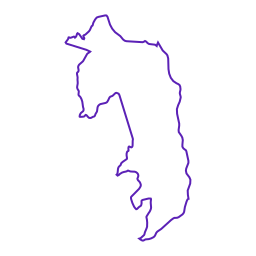 Amambay, Equal Earth projection
{"feature_id": "PRY-615", "entity_name": "Amambay", "entity_type": "Department", "adm_level": 1, "iso_a3": "PRY", "parent_name": "Paraguay", "parent_adm1": "", "projection": "equal_earth", "projection_center": [-56.215, -22.97], "detail": "fine", "context": "isolated", "style": "outline", "palette": "violet", "viewbox_px": 256, "rotation_deg": 0, "n_neighbors": 0, "source": "natural_earth", "source_scale": "10m", "svg_char_len": 4320}
<svg xmlns="http://www.w3.org/2000/svg" viewBox="0 0 256 256"><path d="M105.2,15.4L106.5,15.5L107.5,16.8L110.0,24.6L112.2,28.7L115.1,32.2L120.3,36.1L123.1,39.5L124.7,40.7L126.4,41.2L142.6,42.2L143.8,41.8L145.0,41.0L146.3,41.7L147.6,43.1L149.1,44.0L155.0,44.7L156.7,46.0L156.9,45.1L158.0,42.5L162.7,50.5L166.5,54.1L167.4,55.4L168.2,58.5L168.5,69.2L169.2,73.7L170.8,77.8L173.3,81.1L176.4,83.2L178.3,84.1L179.5,85.0L180.2,86.5L180.5,89.1L180.4,90.1L179.9,92.2L179.8,93.2L180.0,94.3L180.6,96.4L180.7,97.5L179.7,101.7L178.1,105.3L176.9,109.1L177.1,113.8L179.2,123.6L179.2,125.7L178.6,130.0L178.8,132.1L181.3,135.7L182.3,137.6L182.8,140.1L182.4,144.7L182.4,146.7L183.4,148.4L186.0,150.4L186.4,151.5L188.4,160.8L188.4,162.9L186.2,168.6L185.9,170.7L186.5,173.5L189.4,177.3L190.4,179.7L190.2,183.6L187.7,190.5L187.9,194.9L188.5,198.7L188.4,198.7L187.5,199.5L186.6,201.4L184.9,207.0L184.1,211.9L183.5,213.2L182.5,214.4L178.6,217.2L177.8,217.5L177.0,217.8L174.3,217.9L173.0,218.6L171.0,220.1L161.3,228.9L157.3,231.6L156.3,232.8L155.0,235.6L154.4,236.4L153.5,237.2L151.1,238.4L148.8,239.1L145.5,239.4L144.7,239.8L143.9,240.3L143.4,240.5L142.9,240.6L142.3,240.5L141.8,240.3L140.4,239.5L139.3,238.6L140.0,238.4L140.9,237.9L144.0,235.1L144.2,234.8L144.4,234.4L144.9,232.3L146.5,228.5L146.9,227.3L147.1,226.6L147.1,225.8L147.2,222.6L146.9,219.5L146.5,217.6L146.4,217.0L146.6,216.4L148.7,213.0L149.7,211.6L150.2,210.6L150.9,208.8L151.0,208.1L151.1,207.4L150.7,202.8L150.8,201.1L151.0,199.7L151.0,199.1L150.8,198.6L149.8,198.5L148.6,198.5L142.8,199.9L142.0,200.3L141.6,200.7L141.5,201.4L141.6,203.2L141.4,204.3L141.2,205.1L140.9,205.7L140.4,206.1L139.3,206.8L138.7,207.3L137.2,208.8L136.7,209.1L136.2,209.2L135.3,208.3L134.1,206.7L132.4,203.0L131.7,200.9L131.2,199.3L131.0,198.2L131.0,197.3L131.3,196.7L139.1,188.8L139.8,187.7L140.5,186.5L140.7,185.9L140.8,185.2L140.8,184.8L140.6,184.1L140.3,183.2L139.9,182.4L139.6,181.9L138.0,180.2L137.6,179.4L137.4,178.8L137.6,178.1L138.1,176.8L138.3,176.0L138.3,175.3L138.1,174.5L137.7,173.6L136.9,172.8L136.1,172.2L134.8,171.7L130.8,171.5L129.6,171.2L128.1,170.6L127.6,170.7L126.8,171.3L125.7,171.6L123.8,172.0L122.0,172.6L119.8,174.0L118.8,175.0L118.0,175.4L117.6,175.6L116.6,174.7L117.1,174.2L117.2,173.9L117.4,173.5L117.5,173.2L117.7,171.9L118.0,168.8L118.2,168.2L118.4,167.5L118.7,167.0L119.0,166.6L119.4,166.2L120.2,165.5L120.6,165.1L121.0,163.9L121.2,163.3L121.6,162.9L122.0,162.5L122.8,161.8L126.4,159.3L126.8,159.0L127.0,158.3L126.9,157.3L126.6,155.5L126.6,154.4L126.6,153.6L126.8,152.9L127.0,152.2L127.2,151.7L127.6,151.3L128.1,151.1L128.5,150.7L128.5,150.2L128.4,148.8L128.4,148.1L128.5,147.4L128.7,146.8L129.1,146.5L129.5,146.6L130.5,147.1L131.0,147.3L131.5,147.3L132.0,147.0L132.3,146.6L132.5,146.0L132.6,145.3L132.7,140.8L132.9,139.4L132.8,138.6L119.4,95.1L119.0,94.4L118.6,93.7L117.2,93.1L116.6,92.9L116.1,92.9L115.6,93.0L115.2,93.3L112.8,95.6L112.4,95.9L111.9,96.1L110.8,96.5L110.3,96.7L109.9,97.1L109.5,97.5L109.2,98.1L108.1,100.4L107.5,101.4L107.2,101.9L106.8,102.3L105.9,102.8L105.3,103.0L100.4,104.1L99.9,104.4L99.4,104.7L98.6,105.4L98.0,106.2L97.9,106.4L97.8,106.6L97.5,107.7L97.4,108.5L97.1,110.9L96.9,111.6L96.6,112.2L95.6,113.8L94.9,115.7L94.5,116.2L94.1,116.5L93.0,116.8L91.2,117.8L90.7,117.9L90.2,118.0L89.5,117.9L89.0,117.8L88.4,117.3L87.8,116.7L86.9,115.6L86.3,115.1L85.7,114.9L85.3,115.2L84.6,116.1L84.2,116.4L83.7,116.6L81.9,116.8L80.6,116.8L80.1,116.9L79.7,116.7L79.6,116.3L79.9,114.8L80.4,113.8L81.0,112.9L83.1,111.2L83.5,110.4L83.6,109.0L83.0,106.8L82.3,101.7L81.5,99.2L80.7,97.6L80.1,96.7L79.6,96.2L79.1,95.8L78.7,95.3L78.5,94.4L78.7,92.5L78.8,91.6L78.6,90.7L77.7,89.3L77.3,88.3L77.1,87.2L77.3,85.8L77.5,84.7L77.7,83.6L77.7,82.1L77.5,79.8L77.6,77.4L77.5,76.7L77.0,74.1L77.0,73.2L77.2,72.6L78.2,71.7L78.5,71.0L78.6,70.1L78.1,67.4L78.2,66.5L78.5,65.7L78.9,65.0L79.4,64.4L82.4,61.8L83.1,61.1L87.1,54.0L87.6,53.5L89.8,52.0L90.2,51.6L86.3,49.8L66.4,43.6L65.6,42.4L67.8,39.5L68.4,38.3L68.5,37.5L68.9,37.3L70.2,37.8L70.9,37.7L73.9,36.6L74.6,36.8L74.8,37.3L75.0,37.6L75.9,36.8L76.4,35.9L77.1,33.7L77.6,33.2L79.2,34.2L82.4,38.8L83.9,39.2L84.3,38.2L83.3,35.9L83.9,35.2L85.0,34.8L85.7,34.3L88.9,31.4L89.9,30.0L91.5,26.4L91.7,26.1L92.4,25.7L92.7,25.2L93.2,23.2L93.5,22.4L95.0,19.7L95.8,18.6L96.8,17.5L98.4,16.9L105.2,15.4Z" fill="none" stroke="#5b21b6" stroke-width="2"/></svg>